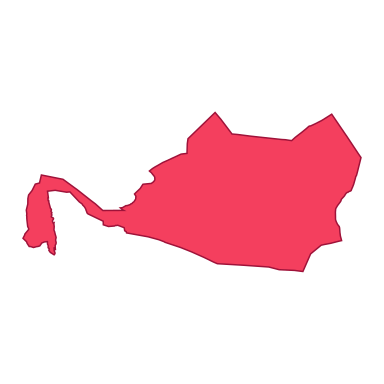 Mitontic, Chiapas, Mexico
{"feature_id": "50627088B9459318195233", "entity_name": "Mitontic", "entity_type": "district", "adm_level": 2, "iso_a3": "MEX", "parent_name": "Mexico", "parent_adm1": "Chiapas", "projection": "natural_earth1", "projection_center": [-92.592, 16.876], "detail": "fine", "context": "isolated", "style": "filled", "palette": "rose", "viewbox_px": 384, "rotation_deg": 0, "n_neighbors": 0, "source": "geoboundaries", "source_scale": "gbopen_adm2", "svg_char_len": 3711}
<svg xmlns="http://www.w3.org/2000/svg" viewBox="0 0 384 384"><path d="M32.1,190.5L28.6,195.0L27.9,198.5L27.8,204.0L26.3,210.1L26.8,213.8L26.6,215.7L26.8,216.2L26.8,218.2L27.0,220.6L27.7,226.6L28.6,228.4L28.7,229.2L28.3,229.9L24.9,234.0L24.6,235.2L23.0,238.3L26.6,241.8L27.1,243.3L28.4,245.3L29.2,246.5L30.8,246.6L33.5,247.5L36.7,246.6L37.9,246.5L39.8,245.9L41.8,243.0L44.5,241.9L47.4,241.6L47.5,241.9L47.4,242.7L47.6,244.5L48.1,245.2L48.2,246.0L48.1,247.4L48.4,248.1L49.1,248.4L49.1,249.5L48.9,250.4L50.3,252.4L54.1,254.8L54.9,253.8L55.0,253.1L54.9,252.8L54.9,252.4L54.7,251.9L54.5,251.6L54.4,251.3L54.2,250.9L54.1,250.1L54.2,249.9L54.2,249.1L54.1,248.7L54.2,247.2L54.7,248.3L55.1,249.4L55.5,250.2L55.3,248.3L55.2,245.3L55.9,244.1L56.1,243.2L56.1,242.6L56.1,242.1L55.8,241.3L55.7,241.0L55.7,240.0L55.7,239.1L56.0,238.2L56.1,237.4L55.9,236.7L55.8,236.2L55.4,234.9L54.8,232.5L54.7,231.9L54.5,231.4L54.3,230.9L54.1,230.5L54.0,230.0L54.0,229.3L54.1,228.0L54.2,226.5L54.1,225.8L54.0,224.8L53.9,224.0L53.9,223.3L54.0,222.9L53.3,223.3L53.2,223.1L52.5,221.4L52.5,221.0L52.6,220.5L52.8,220.1L53.4,219.2L53.5,218.8L53.5,218.4L53.3,218.0L51.4,217.0L51.3,216.7L51.3,216.4L51.8,215.3L51.9,215.0L51.9,214.8L51.5,214.2L51.4,214.1L51.4,213.8L51.6,213.4L51.8,213.1L51.9,212.6L51.6,212.1L51.1,211.7L51.0,211.4L51.0,211.0L51.4,210.0L51.4,209.6L51.2,209.1L50.7,208.6L50.4,208.2L50.3,207.8L50.1,207.0L48.9,202.6L48.7,200.6L48.2,200.6L47.9,198.0L48.4,197.9L47.5,191.2L55.2,190.3L66.6,192.2L69.9,191.9L79.3,201.9L81.5,203.5L82.2,204.1L82.9,205.3L83.5,205.8L84.2,206.6L84.6,207.1L85.5,208.6L85.9,209.6L86.1,210.4L86.4,211.1L86.6,211.5L86.8,212.2L87.1,213.0L87.7,213.7L88.4,214.1L103.2,221.2L103.3,224.8L108.5,226.5L114.5,226.0L115.7,225.4L116.5,225.5L117.2,225.3L117.8,225.3L118.4,225.5L124.2,227.7L124.7,230.8L126.2,231.6L126.5,232.9L148.1,236.8L158.8,239.7L163.0,241.3L164.1,241.7L165.0,242.3L180.6,247.5L191.4,251.8L204.0,257.4L213.2,261.9L217.3,263.7L243.0,265.2L268.8,267.0L279.2,269.7L294.4,270.4L302.9,271.5L310.6,253.9L321.2,245.2L324.8,244.4L330.7,243.3L338.9,241.2L341.6,240.6L340.4,236.0L339.9,232.3L339.7,229.0L339.5,227.4L339.2,226.5L338.7,225.9L338.4,225.4L338.0,225.0L337.5,224.3L337.1,223.5L336.2,221.6L335.9,220.7L335.6,219.9L335.5,218.6L335.5,217.2L335.4,212.1L335.7,208.7L337.5,205.6L340.6,201.5L341.1,200.3L341.3,199.4L341.9,198.7L342.5,198.1L342.6,197.9L343.6,196.9L344.6,195.7L344.9,195.2L345.3,194.4L345.5,194.1L346.0,193.6L346.1,193.3L346.8,192.7L347.1,192.5L347.4,192.4L347.7,192.4L347.9,192.4L348.2,192.0L349.1,191.5L350.1,191.1L350.3,191.1L351.1,190.6L351.4,189.9L351.6,189.4L351.7,189.0L351.9,188.6L352.1,188.1L352.5,187.3L353.7,184.2L355.2,178.9L355.5,177.7L355.8,176.4L356.4,175.7L357.3,172.4L361.0,157.6L358.2,153.5L346.2,135.4L346.0,135.2L331.7,114.2L327.3,117.0L321.7,120.5L315.0,123.9L310.7,125.9L309.2,126.1L307.4,127.6L306.8,128.2L301.8,132.3L297.9,135.3L295.2,137.4L291.7,140.6L289.3,140.3L285.3,139.7L281.7,139.5L279.8,139.3L275.2,138.8L256.5,136.8L250.2,136.1L237.7,134.5L232.0,134.0L221.3,119.9L221.2,119.7L215.1,112.5L188.0,138.7L187.3,143.7L187.0,153.4L181.1,154.1L166.2,161.0L162.8,162.5L158.0,165.3L155.1,166.9L152.4,168.6L149.4,171.0L150.1,171.7L151.1,172.4L154.0,176.0L154.4,176.5L154.8,177.4L154.7,178.0L154.9,178.9L154.8,179.9L154.3,180.8L153.6,181.6L153.1,182.2L152.4,182.5L151.5,183.4L143.2,184.2L142.9,184.3L140.2,188.5L135.9,192.6L134.5,194.0L135.9,196.2L135.7,199.0L133.9,201.8L132.7,202.6L132.0,203.5L131.0,203.8L130.1,204.6L127.1,205.6L126.0,205.6L122.9,207.4L122.2,207.7L120.4,207.9L122.8,209.9L123.7,210.4L102.8,210.5L95.3,203.8L91.3,200.8L77.1,189.6L73.9,187.3L63.0,179.3L41.4,175.0L39.5,183.0L35.3,184.1L32.1,190.5Z" fill="#f43f5e" stroke="#9f1239" stroke-width="1.5"/></svg>